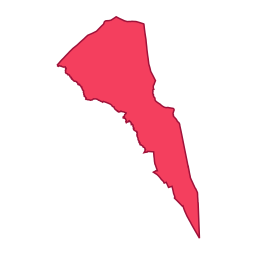 Xonacatlán, México, Mexico (Albers equal-area conic projection), rotated 269°
{"feature_id": "50627088B38909261523609", "entity_name": "Xonacatlán", "entity_type": "district", "adm_level": 2, "iso_a3": "MEX", "parent_name": "Mexico", "parent_adm1": "México", "projection": "albers", "projection_center": [-99.477, 19.442], "detail": "fine", "context": "isolated", "style": "filled", "palette": "rose", "viewbox_px": 256, "rotation_deg": 269, "n_neighbors": 0, "source": "geoboundaries", "source_scale": "gbopen_adm2", "svg_char_len": 5693}
<svg xmlns="http://www.w3.org/2000/svg" viewBox="0 0 256 256"><g transform="rotate(269 128 128)"><path d="M192.4,58.5L191.6,58.9L191.2,58.8L191.1,59.1L191.3,59.6L191.0,59.7L191.3,60.2L191.3,60.3L191.5,60.6L191.0,61.7L191.1,62.3L190.7,62.7L190.6,63.0L190.0,64.6L190.2,66.3L189.5,66.5L189.0,67.1L188.6,66.7L188.2,67.1L187.9,66.8L187.3,66.8L187.2,66.6L186.9,66.6L186.7,66.4L185.7,66.6L184.5,66.5L183.6,67.2L183.5,67.7L183.1,68.6L182.2,68.9L182.1,69.7L181.9,70.4L180.2,71.0L179.7,72.0L179.1,71.9L178.9,72.4L178.3,72.4L178.0,73.0L177.7,72.9L177.5,73.3L176.8,73.9L175.7,75.1L175.8,75.7L175.4,76.7L175.1,77.5L174.4,77.7L173.8,78.5L172.9,78.7L172.5,78.7L172.2,79.0L172.2,79.4L172.6,79.9L172.4,80.3L171.9,80.2L171.8,80.5L171.4,80.8L170.4,81.8L170.0,81.8L169.8,82.5L169.0,82.4L168.5,82.8L168.2,82.8L167.5,83.2L167.3,83.1L166.9,83.2L166.0,84.2L165.1,84.2L164.7,84.0L164.2,84.1L163.4,84.4L162.7,84.6L162.4,84.4L161.4,84.9L160.8,84.7L160.5,84.9L160.5,85.4L159.8,85.7L158.7,86.7L157.7,86.2L157.4,86.5L157.5,87.0L157.1,87.7L157.0,88.3L156.9,88.8L157.0,89.3L156.4,91.0L156.6,91.7L156.7,92.3L156.8,92.9L157.7,93.9L157.6,94.2L157.7,94.8L157.6,95.1L157.7,95.8L157.6,96.7L157.3,97.5L157.1,98.1L156.4,98.9L156.2,99.5L155.8,100.5L155.4,100.9L155.1,101.6L154.9,102.0L154.7,102.6L154.8,102.9L154.3,103.2L154.6,103.6L155.0,103.9L154.7,104.8L153.6,107.6L152.9,109.2L152.1,110.9L151.1,112.1L150.1,112.6L149.4,113.7L149.3,114.4L149.2,114.5L148.8,114.4L147.5,115.0L146.3,116.1L146.0,116.8L145.2,117.4L145.3,117.9L144.7,118.0L144.1,119.2L144.4,119.5L144.4,120.4L144.5,120.6L145.0,121.0L145.0,121.4L144.4,122.3L144.4,123.2L144.0,124.5L143.4,125.5L143.2,126.2L142.8,126.0L142.4,126.2L141.3,124.9L140.2,124.6L139.4,124.5L139.5,123.8L139.0,123.3L138.1,123.4L138.0,124.4L137.6,124.9L137.6,125.5L136.6,125.9L136.2,125.9L135.7,126.4L134.9,126.3L134.5,125.9L133.3,126.4L134.0,127.5L134.3,128.9L134.8,128.7L135.3,129.3L135.0,129.7L134.4,129.8L134.3,130.5L133.5,131.1L133.1,131.1L132.9,131.4L132.6,131.4L132.3,131.7L132.0,131.3L131.4,131.4L131.7,132.0L131.3,132.1L131.2,132.8L130.5,133.0L130.2,133.2L129.7,133.2L129.4,133.0L128.6,133.4L127.9,133.5L127.9,133.8L127.8,134.0L127.6,134.0L127.4,134.0L127.2,133.8L127.0,133.4L125.9,133.9L125.8,134.2L124.9,135.3L124.5,136.3L123.7,137.1L123.3,136.7L122.3,137.2L121.9,137.0L121.4,136.8L120.9,137.3L120.6,137.3L120.1,136.8L117.8,137.8L116.1,137.9L115.3,138.4L114.9,138.4L114.5,139.0L113.8,139.2L113.5,138.8L113.0,139.1L113.2,139.3L112.8,139.7L111.7,139.8L111.3,139.7L111.2,139.7L110.9,140.0L110.9,140.5L111.0,140.8L110.9,141.0L110.7,141.1L110.1,141.8L109.9,142.2L109.7,142.6L109.1,142.6L108.9,142.7L108.7,142.8L108.6,143.0L108.4,143.4L108.4,143.7L108.1,144.2L107.8,144.3L107.5,144.5L106.8,144.6L106.6,144.6L106.5,145.0L106.3,145.1L105.7,144.7L105.3,144.6L105.1,144.6L104.8,144.6L103.1,143.6L103.3,144.4L103.4,145.1L103.6,146.6L103.6,146.8L104.2,147.1L104.1,149.0L103.7,153.2L100.5,153.4L98.9,153.5L97.4,153.7L94.2,153.9L91.5,154.3L90.7,154.7L87.3,155.8L84.8,156.6L84.7,155.7L84.8,155.2L84.4,154.5L84.1,154.2L83.8,153.3L83.4,152.6L80.9,156.3L79.4,157.8L77.6,159.3L76.0,160.4L73.9,162.5L72.3,163.2L73.0,165.3L70.5,166.4L67.9,167.5L68.5,169.5L68.9,171.0L65.8,171.7L64.3,172.0L61.6,172.5L60.1,173.1L58.0,173.7L57.8,173.7L57.3,173.2L57.1,173.2L56.7,173.6L54.7,175.6L51.6,178.5L49.0,180.9L49.3,181.5L46.2,182.5L44.2,183.2L41.6,184.3L38.8,185.5L36.6,186.7L35.2,187.4L32.5,188.9L31.2,189.5L28.6,190.9L26.2,192.2L22.6,194.2L19.0,196.2L16.6,197.5L52.1,196.8L52.6,196.6L54.4,196.6L56.5,196.5L58.5,196.4L60.4,196.4L62.2,196.3L66.1,194.6L66.7,194.1L67.7,193.6L68.5,193.3L69.8,192.7L70.0,192.6L70.7,192.3L71.4,192.0L72.6,191.5L73.9,190.9L74.8,190.5L76.0,190.0L76.7,189.7L76.9,189.6L77.8,189.4L78.8,189.3L80.0,189.0L80.6,188.9L81.7,188.7L82.1,188.6L82.3,188.6L85.4,188.1L86.9,187.8L88.4,187.6L88.3,187.4L89.6,187.2L95.2,186.2L107.7,183.9L120.4,181.6L120.9,181.5L123.6,181.0L129.7,179.8L130.4,179.8L130.8,179.6L131.5,179.5L131.9,179.3L132.4,178.9L133.4,177.9L133.9,177.4L134.6,177.1L135.0,176.9L136.0,176.3L136.9,175.5L137.3,175.1L137.8,174.8L138.2,174.3L138.4,174.1L139.1,173.6L139.4,173.5L139.7,173.7L140.1,173.7L140.6,173.5L141.2,173.3L141.6,173.3L141.9,173.3L142.5,173.5L143.5,173.8L144.0,173.9L144.4,174.2L144.8,174.3L145.4,174.4L145.8,174.3L146.3,174.1L146.7,173.7L146.9,173.1L147.0,172.3L147.2,171.4L147.5,169.6L147.8,168.5L147.8,167.6L147.7,166.8L147.8,165.9L148.0,165.1L148.3,164.4L149.0,163.2L149.7,162.2L150.4,161.4L151.1,160.7L151.9,159.5L152.8,158.2L153.4,157.4L154.0,156.7L154.6,156.1L155.0,155.8L155.4,155.6L156.2,155.5L157.5,155.4L157.8,155.1L158.1,154.9L158.4,154.7L158.5,154.6L158.6,154.4L158.8,154.2L159.0,154.2L159.5,154.2L159.8,154.1L160.2,153.9L160.6,153.8L160.8,153.8L161.0,153.9L161.2,154.0L161.4,153.8L161.7,153.5L162.6,153.3L163.7,153.6L164.0,153.6L164.3,153.4L165.7,153.5L165.8,153.6L166.0,154.3L166.1,154.5L166.5,154.4L167.1,154.1L167.8,154.0L169.2,154.0L170.3,154.2L170.8,154.7L172.2,155.2L174.0,155.9L174.8,156.3L176.1,155.7L178.8,154.4L181.6,153.0L184.4,151.6L185.2,151.5L187.9,150.9L191.6,149.9L194.5,149.6L197.4,149.3L200.3,148.9L203.2,148.6L206.0,148.3L208.9,148.1L213.2,147.7L216.1,147.5L219.0,147.1L223.5,146.5L227.3,146.1L231.6,145.7L231.9,145.3L233.4,140.9L234.3,137.9L234.6,133.6L234.4,132.2L234.5,131.3L234.4,129.1L235.4,125.8L235.5,125.8L237.7,121.2L239.4,118.1L238.4,116.6L236.1,112.9L235.7,110.9L235.6,108.3L235.4,107.2L234.5,106.2L234.0,106.0L233.6,105.9L232.2,105.3L230.3,103.2L228.3,101.2L225.3,98.2L223.3,94.0L221.4,89.4L219.5,87.2L217.8,85.4L214.9,82.0L211.9,78.7L210.2,76.5L208.5,74.3L206.4,72.1L205.1,70.7L204.6,70.3L202.9,68.6L200.9,66.6L198.9,64.7L197.6,63.3L195.8,61.6L194.1,60.1L192.4,58.5Z" fill="#f43f5e" stroke="#9f1239" stroke-width="1.5"/></g></svg>